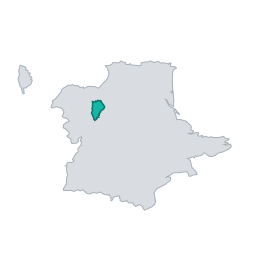 Ardèche on a map of France (Natural Earth projection), rotated 168°
{"feature_id": "FRA-5267", "entity_name": "Ardèche", "entity_type": "Metropolitan department", "adm_level": 1, "iso_a3": "FRA", "parent_name": "France", "parent_adm1": "", "projection": "natural_earth1", "projection_center": [4.405, 44.824], "detail": "fine", "context": "in_parent", "style": "filled", "palette": "teal", "viewbox_px": 256, "rotation_deg": 168, "n_neighbors": 0, "source": "natural_earth", "source_scale": "10m", "svg_char_len": 5597}
<svg xmlns="http://www.w3.org/2000/svg" viewBox="0 0 256 256"><g transform="rotate(168 128 128)"><path d="M197.2,104.0L195.6,104.8L194.6,106.4L193.6,106.7L191.7,106.7L190.8,105.8L188.5,106.4L187.6,107.4L189.0,108.6L184.5,113.7L181.7,115.1L181.1,118.4L177.7,120.9L176.5,123.5L176.4,124.1L177.2,124.9L176.9,126.6L175.2,127.7L175.2,128.8L175.7,129.0L178.3,128.1L179.3,127.1L178.8,125.7L181.4,124.0L186.1,124.4L186.7,126.7L186.1,128.6L189.5,132.7L186.6,134.7L186.4,135.9L189.5,140.1L191.4,141.8L190.4,144.6L187.2,146.4L185.2,146.3L184.3,146.7L184.4,147.6L185.8,150.1L189.3,151.8L189.9,153.7L188.9,154.4L187.3,157.3L188.1,158.7L187.8,159.3L188.2,160.3L189.1,161.3L193.9,163.8L198.3,163.3L198.9,164.7L196.3,168.5L196.4,170.2L195.1,170.2L194.8,170.8L192.2,172.1L187.8,175.9L185.8,177.1L185.0,179.0L183.8,180.1L177.5,182.3L176.3,181.8L173.3,181.9L171.4,180.5L167.7,179.6L166.5,177.6L163.1,177.2L162.9,175.8L158.1,177.1L151.4,175.2L149.0,173.2L147.1,173.8L145.3,175.5L138.0,180.2L135.2,185.1L135.7,190.7L137.3,193.5L132.9,193.1L130.3,193.9L129.5,195.1L123.3,193.7L121.0,194.9L120.3,194.8L119.5,193.6L116.5,192.3L116.9,191.3L116.5,190.5L113.6,189.8L112.6,190.6L111.6,189.0L103.5,186.4L102.2,186.5L101.6,189.0L96.4,188.9L95.7,188.5L92.3,189.0L88.8,186.6L84.8,187.1L82.4,184.6L80.0,184.5L76.7,183.2L75.2,182.5L75.0,181.8L74.0,182.9L72.8,182.7L72.5,182.3L73.3,181.0L73.5,179.4L69.4,178.2L68.3,177.1L68.3,176.5L70.6,175.9L72.6,173.8L74.7,165.8L76.3,156.4L77.4,154.7L78.7,154.2L77.7,152.9L76.4,154.6L77.3,146.0L79.0,139.6L82.4,142.2L83.2,143.3L84.1,147.2L86.0,148.8L84.8,147.2L83.7,142.1L82.9,140.7L77.5,136.4L77.3,135.4L79.7,135.9L78.8,132.7L78.4,126.1L75.0,125.4L69.8,122.6L66.2,117.5L65.8,115.6L66.9,113.5L66.0,112.3L64.5,111.4L65.8,109.7L66.8,109.5L70.7,110.5L67.6,108.8L62.4,109.4L60.4,108.8L60.1,107.6L61.5,106.1L59.9,105.1L56.9,105.3L56.6,104.9L57.5,103.8L56.8,103.4L54.4,103.8L53.0,103.5L51.8,102.2L47.9,102.0L47.1,101.2L41.9,99.8L36.3,100.0L34.8,97.5L31.5,96.3L32.2,95.5L35.6,94.8L36.3,94.1L33.9,93.0L33.0,92.0L37.6,91.8L35.6,90.7L31.2,90.8L30.7,89.3L31.3,87.7L33.9,86.4L40.3,84.9L44.9,84.8L48.2,83.1L51.5,82.6L54.5,83.4L58.5,87.8L61.9,85.9L66.8,85.9L67.8,87.0L69.2,85.0L70.2,86.2L76.3,85.8L74.9,85.0L73.8,83.2L73.7,76.4L70.8,71.5L70.1,69.7L70.3,68.2L73.9,68.5L76.9,67.8L78.3,68.2L78.6,71.4L79.8,73.2L88.0,73.8L92.8,74.8L96.8,73.0L100.6,72.2L100.9,71.8L98.7,71.9L96.8,71.2L96.5,70.3L97.6,67.9L103.4,65.1L111.8,62.8L114.0,61.3L116.5,58.5L115.9,57.8L116.4,50.2L117.7,47.8L120.9,46.0L129.0,44.2L130.0,46.6L129.9,47.9L132.1,50.0L133.1,50.7L136.7,49.6L138.4,51.5L138.8,53.8L143.1,54.7L144.4,57.6L145.1,57.0L147.8,57.1L149.1,57.3L150.8,58.6L150.3,60.4L151.0,61.2L150.3,62.8L150.8,63.5L155.7,63.5L157.2,62.8L157.9,61.1L159.4,60.2L159.9,60.5L159.0,63.5L159.7,64.3L160.0,66.4L161.9,66.6L165.5,68.3L168.6,71.1L172.4,70.7L175.3,72.2L178.4,71.4L181.3,72.3L182.3,73.1L185.1,77.1L187.1,76.3L188.6,76.8L189.1,77.9L194.6,77.3L195.7,78.4L196.8,78.8L203.9,80.3L204.0,81.8L200.0,86.1L198.3,92.2L197.1,94.3L196.7,95.9L197.0,96.9L196.9,98.6L196.1,102.6L196.6,103.8L197.2,104.0ZM224.1,187.0L223.8,189.5L224.9,191.4L225.3,198.8L223.3,202.4L223.0,206.7L220.5,211.8L216.4,209.5L215.2,208.3L216.2,206.3L213.9,205.2L214.4,203.3L214.1,202.4L212.5,202.3L212.4,201.8L213.6,200.3L213.5,199.4L212.0,198.2L211.6,197.2L213.1,196.1L212.4,195.1L211.6,194.8L213.6,191.4L215.0,190.4L218.1,189.5L219.4,188.3L221.5,188.9L221.9,188.6L222.4,183.3L223.2,183.2L223.8,183.9L224.1,187.0ZM77.8,133.1L77.3,134.6L75.2,132.0L75.0,130.6L77.8,133.1Z" fill="#d9dde1" stroke="#a8b0b8" stroke-width="1"/><path d="M159.4,143.6L159.4,143.9L159.5,143.9L159.4,144.3L159.4,144.8L159.5,145.4L159.7,146.0L159.6,146.5L159.6,146.9L159.9,147.0L159.9,147.4L160.0,147.5L160.1,147.8L160.0,148.2L160.0,148.4L160.1,148.7L160.5,149.4L160.6,149.7L160.5,150.0L160.2,150.8L160.1,151.0L159.8,151.3L159.7,151.4L159.7,151.6L159.5,151.8L159.3,151.9L159.1,152.1L159.0,152.3L158.9,152.6L158.9,153.0L158.9,153.3L159.2,153.8L159.2,154.1L159.1,154.7L158.8,155.2L158.5,155.6L158.2,156.2L158.0,157.9L157.9,158.1L157.6,158.6L157.5,158.8L157.5,159.3L157.3,160.5L157.3,161.3L156.7,161.1L156.4,160.9L156.2,160.8L156.2,160.7L155.9,160.5L155.5,160.3L155.1,160.3L154.7,160.3L154.5,160.5L154.5,160.8L154.4,160.9L154.3,161.0L154.2,161.1L153.9,161.1L153.7,160.9L153.7,160.7L153.8,160.4L153.7,160.3L153.4,160.3L153.0,160.4L152.9,160.4L152.6,160.7L152.2,160.9L152.1,161.0L151.9,161.2L151.8,161.3L151.6,161.2L150.5,160.7L150.4,160.6L150.2,160.6L150.2,160.4L149.7,160.5L149.5,160.4L149.4,160.4L149.1,160.5L148.9,160.4L148.9,159.8L148.8,159.6L149.0,159.4L149.0,159.1L148.8,158.9L148.6,158.5L148.2,158.2L147.8,156.8L147.7,156.6L147.5,156.2L147.2,156.1L147.1,155.8L147.0,155.3L146.8,154.6L146.7,154.1L146.6,153.8L146.5,153.6L146.6,153.1L146.9,153.0L146.9,152.9L147.0,152.8L147.6,151.9L147.8,151.8L148.0,151.8L148.2,151.7L148.3,151.7L148.5,151.6L148.6,151.4L148.6,151.2L148.8,151.1L149.3,151.1L149.8,151.0L150.2,151.0L150.4,150.9L150.6,150.9L151.0,150.3L151.1,150.0L151.2,149.9L151.2,149.6L151.3,149.5L151.4,149.4L151.5,149.4L151.8,149.5L152.2,149.3L152.4,149.2L152.3,148.8L152.3,148.7L152.5,148.4L153.0,148.3L153.3,148.2L153.3,147.9L153.1,147.7L153.3,147.3L153.5,147.1L153.6,146.9L153.4,146.7L153.5,146.4L153.7,146.5L153.8,146.5L154.0,146.7L154.1,146.8L154.3,146.7L154.4,146.3L154.4,146.2L154.5,145.9L154.7,145.5L154.8,145.3L154.8,145.2L154.9,144.9L154.7,144.7L156.4,144.6L156.5,144.6L156.5,144.3L156.5,143.8L156.5,143.6L156.7,143.4L157.0,143.1L158.2,142.6L158.9,142.4L158.9,142.6L158.9,142.9L159.0,143.1L159.3,143.3L159.4,143.6L159.4,143.6Z" fill="#14b8a6" stroke="#0f766e" stroke-width="1.5"/></g></svg>